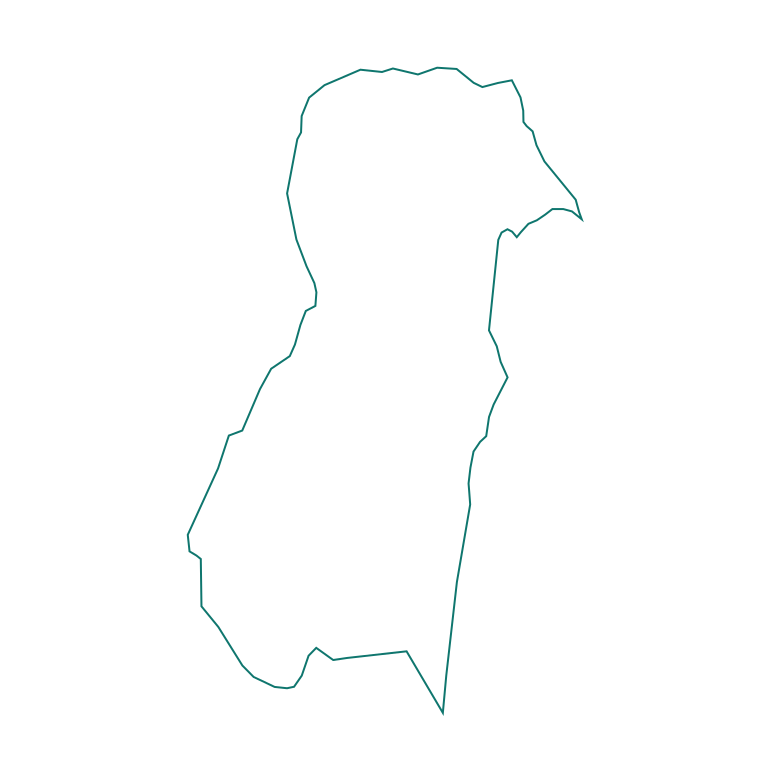 Sibut, Kémo, Central African Republic, rotated 96°
{"feature_id": "33826404B70800381391301", "entity_name": "Sibut", "entity_type": "district", "adm_level": 2, "iso_a3": "CAF", "parent_name": "Central African Republic", "parent_adm1": "Kémo", "projection": "orthographic", "projection_center": [19.084, 5.828], "detail": "fine", "context": "isolated", "style": "outline", "palette": "teal", "viewbox_px": 768, "rotation_deg": 96, "n_neighbors": 0, "source": "geoboundaries", "source_scale": "gbopen_adm2", "svg_char_len": 1184}
<svg xmlns="http://www.w3.org/2000/svg" viewBox="0 0 768 768"><g transform="rotate(96 384 384)"><path d="M704.9,291.1L667.5,291.6L573.3,290.8L494.8,285.7L481.6,288.1L474.1,289.5L458.2,289.3L441.8,287.9L431.5,282.4L425.2,276.9L405.8,276.1L392.9,272.8L364.5,261.8L349.8,270.3L334.7,275.8L319.7,285.2L228.7,285.4L221.1,282.9L217.2,277.4L219.1,272.5L224.1,267.3L218.6,263.7L209.6,257.1L205.2,249.1L198.7,241.4L192.4,234.8L191.3,223.9L192.7,215.1L199.5,204.6L192.7,207.9L180.7,212.6L145.9,247.7L130.6,257.3L117.2,262.6L112.6,269.1L108.8,272.7L97.6,274.1L84.7,278.2L68.6,288.6L72.7,302.1L78.4,317.2L75.1,326.3L63.1,344.7L63.9,364.2L72.6,382.6L69.3,408.1L73.9,418.6L73.9,440.3L93.0,474.4L107.0,488.4L126.1,493.9L142.5,492.8L149.6,495.8L204.6,500.3L249.5,486.2L275.1,473.3L290.9,463.8L299.9,460.8L313.5,460.4L319.5,469.4L334.0,473.3L354.1,476.7L366.1,480.6L380.6,497.8L402.0,506.8L445.1,520.1L451.5,532.9L485.3,540.2L554.5,563.4L570.8,559.9L574.2,552.6L577.2,547.9L624.2,542.3L642.9,523.4L678.8,495.4L689.0,483.0L696.7,461.1L696.7,448.6L694.5,441.8L682.6,435.3L662.1,430.6L653.5,423.8L663.8,405.7L660.3,392.0L647.5,333.6L704.9,291.1Z" fill="none" stroke="#0f766e" stroke-width="2"/></g></svg>